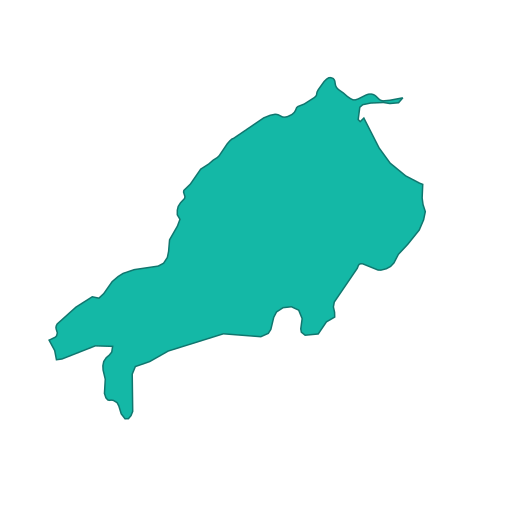 the Province of Ferrara, rotated 316°
{"feature_id": "ITA-5363", "entity_name": "Ferrara", "entity_type": "Province", "adm_level": 1, "iso_a3": "ITA", "parent_name": "Italy", "parent_adm1": "", "projection": "robinson", "projection_center": [11.889, 44.768], "detail": "fine", "context": "isolated", "style": "filled", "palette": "teal", "viewbox_px": 512, "rotation_deg": 316, "n_neighbors": 0, "source": "natural_earth", "source_scale": "10m", "svg_char_len": 2235}
<svg xmlns="http://www.w3.org/2000/svg" viewBox="0 0 512 512"><g transform="rotate(316 256 256)"><path d="M471.6,244.2L465.0,244.8L458.2,239.3L454.3,234.1L444.7,225.6L437.9,221.3L434.0,221.1L424.3,228.8L424.3,231.7L429.4,231.7L419.6,263.8L417.0,282.3L419.3,302.3L424.3,317.3L425.7,320.3L415.8,329.7L411.9,335.0L408.6,341.7L401.7,346.4L391.5,350.7L373.3,353.0L359.6,353.7L350.4,356.8L345.6,357.0L340.9,355.7L336.0,352.9L334.0,350.8L327.3,335.7L325.9,334.3L324.5,333.7L323.1,333.9L320.3,335.2L280.3,343.5L276.3,346.4L273.4,351.1L270.2,354.6L260.9,352.3L246.6,355.3L236.3,347.1L235.7,342.3L237.6,339.5L245.7,333.1L249.1,324.6L246.2,317.1L239.6,312.0L231.9,310.5L226.2,312.4L215.7,319.1L211.1,320.2L203.4,317.4L178.5,289.3L126.9,263.4L106.2,258.1L92.4,251.7L84.9,255.0L59.4,282.1L55.2,284.0L51.2,284.4L48.7,282.1L49.4,275.9L53.1,268.7L54.2,265.0L53.1,260.8L51.7,259.0L50.3,258.0L49.4,256.6L49.5,253.8L51.5,249.6L62.0,239.9L66.8,231.8L69.6,228.6L73.2,226.1L77.8,225.1L81.6,225.4L85.5,224.9L90.1,221.4L78.0,209.0L44.9,195.3L40.4,192.0L45.5,184.2L48.7,172.8L55.3,175.0L57.1,174.9L59.7,173.3L61.6,169.6L62.6,168.3L64.0,167.4L65.8,166.8L91.0,167.7L109.9,171.6L113.7,177.2L120.4,177.3L134.8,174.5L142.6,175.0L148.3,176.2L158.9,181.2L178.6,195.3L184.5,197.0L191.2,195.5L196.3,192.0L205.1,184.3L220.3,179.9L226.8,176.8L228.0,171.7L231.2,168.4L234.5,166.3L238.7,165.3L244.6,165.0L246.1,164.0L248.3,159.7L249.7,158.7L258.7,158.7L276.6,155.1L286.0,157.0L291.8,157.3L296.5,158.3L299.2,158.3L313.3,155.3L317.0,155.0L319.9,155.1L321.6,155.8L357.5,162.0L363.9,164.6L368.2,167.3L369.2,168.5L370.1,169.9L371.7,174.5L373.1,176.1L375.4,177.6L380.2,179.2L383.3,179.3L385.8,178.6L388.3,177.5L390.0,177.6L396.3,180.2L408.2,182.6L410.8,182.5L411.7,182.0L412.7,181.2L414.0,180.4L416.4,179.6L426.3,177.8L429.7,177.8L432.1,178.3L433.4,179.3L434.2,180.6L434.8,182.0L434.7,183.5L434.2,184.9L432.3,187.6L431.5,189.0L431.0,190.7L430.9,192.6L431.1,194.4L432.1,199.5L432.5,204.5L433.2,208.0L433.7,209.6L434.3,211.1L435.9,212.7L438.6,214.0L446.9,216.6L449.1,217.6L450.4,218.6L451.5,219.7L452.4,221.1L453.0,222.6L453.3,224.4L453.4,228.4L453.7,230.2L454.4,231.6L455.3,232.8L460.4,236.9L471.5,244.2L471.6,244.2Z" fill="#14b8a6" stroke="#0f766e" stroke-width="1.5"/></g></svg>